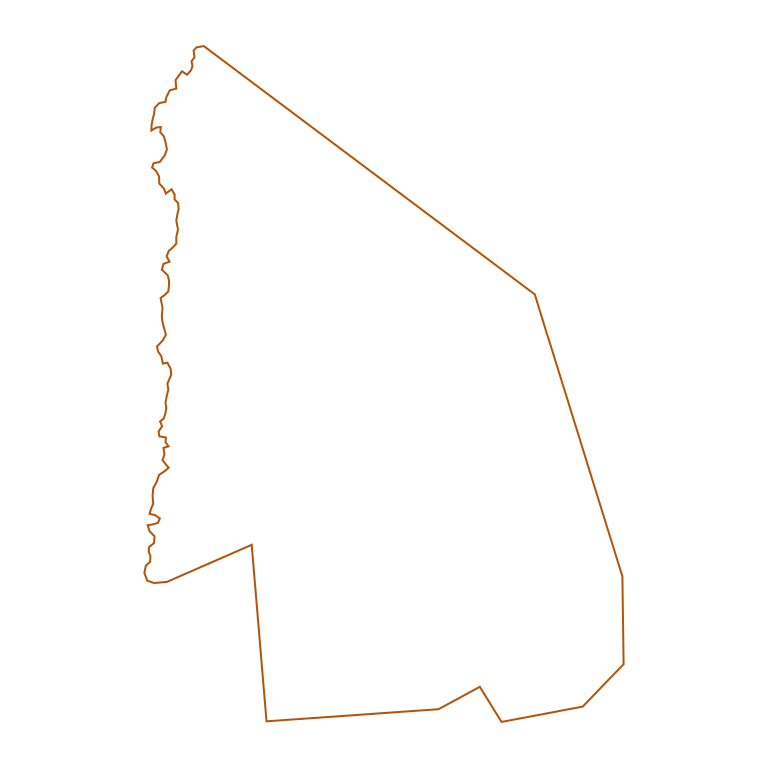 outline of Eliseu Martins, Piauí, Brazil
{"feature_id": "56859067B35867854530828", "entity_name": "Eliseu Martins", "entity_type": "district", "adm_level": 2, "iso_a3": "BRA", "parent_name": "Brazil", "parent_adm1": "Piauí", "projection": "orthographic", "projection_center": [-43.764, -7.941], "detail": "fine", "context": "isolated", "style": "outline", "palette": "amber", "viewbox_px": 768, "rotation_deg": 0, "n_neighbors": 0, "source": "geoboundaries", "source_scale": "gbopen_adm2", "svg_char_len": 1661}
<svg xmlns="http://www.w3.org/2000/svg" viewBox="0 0 768 768"><path d="M163.5,447.9L164.4,454.4L162.5,460.2L168.6,467.7L164.4,471.4L159.1,474.8L156.7,481.9L153.3,488.0L152.6,495.7L153.2,503.8L151.2,508.4L149.5,513.8L155.0,515.1L159.8,518.4L158.0,522.8L153.1,524.3L147.6,525.3L149.7,531.4L154.6,536.3L154.0,543.1L149.2,546.9L148.7,551.6L150.4,556.0L150.1,561.8L145.8,565.7L144.4,573.1L147.3,580.7L154.1,583.0L166.9,581.9L251.7,544.8L266.5,721.3L438.5,709.2L479.8,686.8L501.5,721.9L554.8,711.9L565.6,709.8L582.7,706.6L610.9,677.3L623.6,664.2L622.4,576.4L554.0,356.3L550.1,343.7L546.8,333.5L534.8,294.4L203.8,46.1L196.6,47.3L193.6,50.5L194.5,57.3L191.5,61.3L192.5,66.1L191.0,70.3L187.1,74.7L182.0,71.3L178.3,76.3L175.5,80.2L176.3,88.6L169.8,90.3L166.4,97.0L165.5,101.8L159.1,103.2L154.8,107.7L154.0,114.1L152.4,120.5L151.6,124.9L151.4,130.5L156.2,127.6L160.8,127.0L160.3,132.2L163.8,136.3L165.5,142.1L166.9,149.3L164.9,155.1L159.8,161.9L153.5,163.3L152.1,167.6L155.8,170.7L159.1,176.4L159.3,183.6L164.0,188.7L165.8,193.6L171.5,189.3L174.6,194.4L174.6,199.5L178.0,202.9L178.7,208.9L177.4,214.1L176.3,220.7L178.0,229.5L176.3,237.1L176.3,243.6L172.4,247.8L168.8,250.8L166.6,256.4L169.5,261.7L163.5,263.9L161.8,269.7L167.6,275.1L169.0,280.4L169.0,285.1L168.3,291.4L164.7,295.0L160.6,298.0L162.5,307.6L161.8,317.0L162.9,323.9L165.9,334.7L162.6,340.6L157.0,346.5L158.1,351.5L161.3,356.2L162.9,363.6L167.4,362.7L170.7,369.0L171.2,374.6L167.4,383.8L168.3,389.7L166.9,395.3L165.5,402.7L166.3,408.2L165.4,413.3L163.7,418.5L160.1,421.4L162.1,426.3L158.6,431.4L159.4,436.3L165.9,437.5L165.5,442.1L168.5,446.3L163.5,447.9Z" fill="none" stroke="#b45309" stroke-width="2"/></svg>